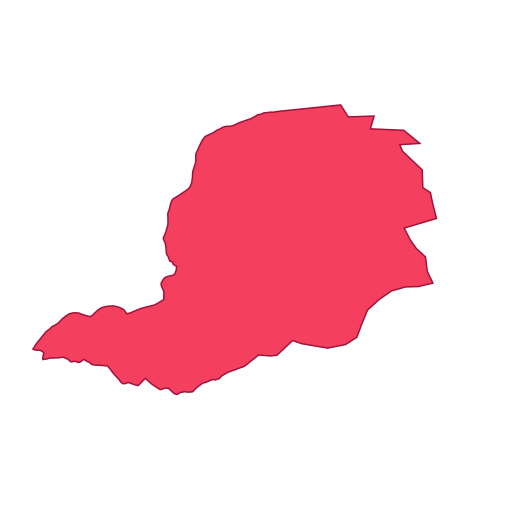 San Pablo Cuatro Venados, Oaxaca, Mexico, rotated 21°
{"feature_id": "50627088B25746223253331", "entity_name": "San Pablo Cuatro Venados", "entity_type": "district", "adm_level": 2, "iso_a3": "MEX", "parent_name": "Mexico", "parent_adm1": "Oaxaca", "projection": "natural_earth1", "projection_center": [-96.914, 16.979], "detail": "fine", "context": "isolated", "style": "filled", "palette": "rose", "viewbox_px": 512, "rotation_deg": 21, "n_neighbors": 0, "source": "geoboundaries", "source_scale": "gbopen_adm2", "svg_char_len": 3091}
<svg xmlns="http://www.w3.org/2000/svg" viewBox="0 0 512 512"><g transform="rotate(21 256 256)"><path d="M166.1,162.2L165.5,163.3L165.2,164.3L164.9,165.1L164.6,166.3L164.3,168.1L164.1,169.4L164.0,171.5L163.8,173.2L163.5,178.1L163.3,181.4L163.6,183.4L164.9,186.7L166.0,189.4L166.7,199.9L168.7,206.2L169.7,210.7L169.6,214.9L168.8,217.4L167.5,219.6L166.0,221.7L162.4,226.9L160.0,230.0L158.3,232.1L157.5,234.1L157.5,237.2L158.3,243.5L158.4,247.8L160.8,253.6L162.5,258.1L162.9,262.5L163.2,265.7L163.2,269.2L162.9,272.1L163.7,273.6L165.0,274.8L167.0,276.9L169.7,282.0L170.4,283.6L171.4,285.6L172.6,286.9L174.1,287.9L176.1,290.3L177.4,291.7L178.9,291.7L180.4,291.6L181.3,293.1L183.2,293.9L185.5,294.0L186.5,297.4L186.7,300.4L186.0,303.2L183.8,304.8L181.2,306.5L179.0,308.5L177.9,310.6L177.4,313.3L177.2,315.7L178.2,317.6L180.0,319.5L182.2,321.6L183.6,324.3L184.1,326.3L185.0,328.4L185.6,329.6L185.2,330.1L183.2,332.7L181.2,335.3L178.7,338.2L173.2,342.0L167.9,345.8L163.8,349.5L161.0,352.3L158.4,354.7L156.0,356.2L152.0,353.5L148.4,353.0L146.0,353.0L144.0,353.3L141.4,353.5L138.6,354.6L135.9,355.9L133.2,357.4L130.1,359.9L128.2,362.5L127.0,364.8L125.6,367.3L124.8,369.7L122.9,372.0L120.5,372.4L114.3,372.9L111.2,372.7L107.9,373.7L105.8,374.5L102.4,376.9L99.9,380.2L97.6,384.3L96.3,387.3L95.3,389.5L93.5,392.2L90.8,395.1L89.8,397.7L88.3,400.0L86.9,402.5L82.4,416.5L81.1,422.9L83.0,423.0L85.3,422.4L86.8,421.9L87.9,421.4L91.1,421.8L92.7,422.5L92.9,424.8L93.4,427.5L94.1,429.0L95.0,428.6L96.4,427.7L98.1,426.8L99.6,425.4L108.2,421.8L109.0,421.4L110.4,420.5L112.0,419.6L113.7,419.6L115.1,419.7L117.2,419.8L119.2,420.5L121.3,421.2L122.2,420.6L123.9,419.6L125.0,419.2L126.7,419.0L127.9,419.2L129.7,418.2L131.0,416.3L132.2,414.2L136.3,415.0L138.0,414.9L141.0,416.0L142.5,416.0L145.8,415.3L146.4,414.9L153.9,412.7L156.7,411.8L160.7,414.0L164.6,416.6L172.5,420.5L175.0,422.2L177.1,422.9L179.5,422.2L181.9,419.9L191.5,419.5L192.6,418.9L196.5,409.9L204.5,412.9L208.4,413.9L214.5,415.1L218.8,411.8L221.6,410.8L228.5,413.7L230.3,413.8L231.0,413.7L231.8,413.6L233.3,412.0L234.3,410.4L235.6,409.8L237.7,408.4L238.6,408.1L240.7,407.7L245.0,405.8L245.7,405.2L246.8,402.1L249.3,397.6L251.6,394.2L252.4,393.3L254.0,392.3L256.5,389.9L259.8,386.8L261.9,386.4L263.0,385.8L263.4,385.5L265.6,383.6L267.1,380.0L271.3,374.8L284.7,363.1L293.9,347.5L305.4,344.1L311.1,341.1L320.5,321.8L330.0,321.5L355.9,316.3L371.4,306.5L379.3,295.6L379.1,281.9L379.5,266.5L386.4,252.7L394.9,240.1L406.7,231.3L418.6,226.3L422.9,223.3L430.9,217.9L426.4,213.7L421.6,209.2L414.5,196.1L403.1,191.6L394.0,185.5L384.4,176.8L411.0,156.2L401.8,143.2L396.1,134.3L387.2,132.4L380.4,116.1L355.1,105.6L350.4,100.5L362.7,94.9L368.6,92.2L348.8,85.7L317.2,96.3L316.1,83.0L292.3,93.1L280.9,84.6L226.7,112.1L220.1,115.8L218.1,116.4L216.4,117.4L214.5,118.3L211.8,119.8L209.7,121.9L206.9,123.5L205.2,126.1L203.6,127.7L202.4,129.3L193.1,137.1L191.3,138.8L189.2,141.2L186.3,143.7L182.3,145.4L180.5,146.4L178.5,148.1L177.0,150.1L174.7,152.2L172.7,155.0L171.5,156.6L170.5,157.7L168.4,159.8L166.1,162.2Z" fill="#f43f5e" stroke="#9f1239" stroke-width="1.5"/></g></svg>